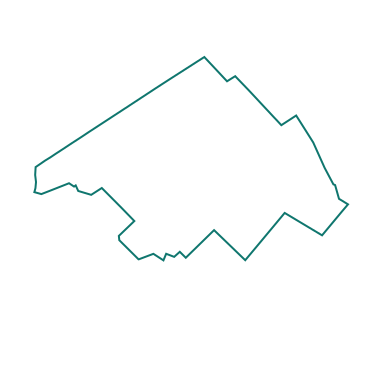 Hillsborough, New Hampshire, United States of America (orthographic projection), rotated 145°
{"feature_id": "52423323B30528767978051", "entity_name": "Hillsborough", "entity_type": "district", "adm_level": 2, "iso_a3": "USA", "parent_name": "United States of America", "parent_adm1": "New Hampshire", "projection": "orthographic", "projection_center": [-71.618, 42.952], "detail": "fine", "context": "isolated", "style": "outline", "palette": "teal", "viewbox_px": 384, "rotation_deg": 145, "n_neighbors": 0, "source": "geoboundaries", "source_scale": "gbopen_adm2", "svg_char_len": 951}
<svg xmlns="http://www.w3.org/2000/svg" viewBox="0 0 384 384"><g transform="rotate(145 192 192)"><path d="M321.2,282.3L316.6,276.7L308.9,274.8L287.7,269.7L285.5,264.1L283.5,264.1L284.6,258.1L276.2,247.5L263.6,247.0L258.7,218.7L255.9,201.3L277.1,198.0L279.2,194.2L274.4,167.5L274.3,167.4L259.1,163.5L254.6,152.4L248.6,156.2L243.8,149.1L236.3,150.0L234.8,141.7L195.8,148.1L187.5,105.6L167.1,111.1L128.1,121.7L110.3,81.9L80.1,90.1L71.3,92.4L75.5,102.1L70.8,115.6L71.8,117.2L69.5,135.7L64.3,163.0L64.0,168.9L63.2,185.9L62.8,194.9L80.5,195.5L81.3,201.3L82.0,206.0L87.2,243.0L90.2,262.1L99.8,262.6L104.5,295.5L114.1,295.9L143.7,297.1L154.1,297.5L162.6,297.8L192.4,298.7L197.4,298.8L198.8,298.9L199.1,298.9L227.0,299.8L241.9,300.3L250.9,300.5L254.0,300.6L256.7,300.7L262.0,300.9L276.4,301.3L281.9,301.5L287.6,301.6L294.4,302.0L305.8,302.1L310.7,295.9L314.1,289.6L318.0,285.0L318.1,284.9L321.2,282.3Z" fill="none" stroke="#0f766e" stroke-width="2"/></g></svg>